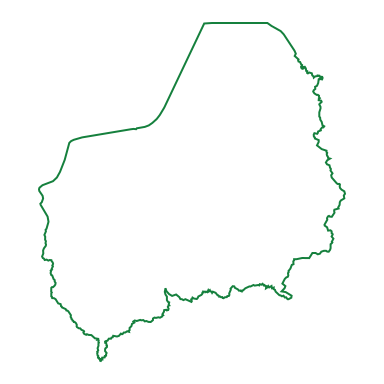 Nyamasheke, Western, Rwanda (Albers equal-area conic projection)
{"feature_id": "39286606B22601397790462", "entity_name": "Nyamasheke", "entity_type": "district", "adm_level": 2, "iso_a3": "RWA", "parent_name": "Rwanda", "parent_adm1": "Western", "projection": "albers", "projection_center": [29.106, -2.358], "detail": "fine", "context": "isolated", "style": "outline", "palette": "green", "viewbox_px": 384, "rotation_deg": 0, "n_neighbors": 0, "source": "geoboundaries", "source_scale": "gbopen_adm2", "svg_char_len": 5943}
<svg xmlns="http://www.w3.org/2000/svg" viewBox="0 0 384 384"><path d="M329.5,165.3L327.0,164.3L325.9,162.5L327.2,160.3L330.0,158.6L328.1,158.0L327.8,156.4L327.1,155.8L326.7,154.0L327.2,152.9L326.4,151.8L326.5,150.7L321.7,149.1L317.0,145.4L318.7,141.9L318.7,140.1L314.9,138.5L314.9,137.5L313.9,136.6L313.7,134.7L314.4,133.2L317.2,133.8L317.8,133.0L318.1,131.5L320.8,130.4L320.5,129.5L321.8,127.8L322.4,127.3L323.4,127.4L324.2,126.3L322.5,125.3L321.7,121.9L320.3,119.7L320.1,117.5L319.3,116.6L319.3,112.3L320.5,108.5L320.5,106.8L319.3,104.5L319.5,103.9L321.6,102.0L321.6,101.5L321.0,100.6L318.7,100.2L318.8,98.8L319.8,98.1L318.9,97.0L319.0,95.7L317.8,94.8L316.7,94.9L314.4,93.4L313.2,91.6L313.7,90.3L315.3,88.9L315.1,86.8L317.0,85.8L318.2,83.0L318.7,79.2L319.2,78.9L322.1,79.4L322.6,77.9L322.2,76.9L321.2,76.8L320.6,77.6L320.6,76.7L319.7,76.6L319.4,75.7L317.7,75.5L317.7,76.0L315.2,76.4L313.8,77.6L313.6,76.5L312.3,75.4L311.8,73.3L309.2,72.5L307.9,73.4L307.1,72.9L307.2,71.1L306.2,70.9L305.8,68.4L304.8,66.8L303.8,66.9L304.1,67.9L303.7,68.2L302.9,67.9L303.1,68.6L302.3,68.8L301.2,67.7L301.1,66.6L301.9,66.0L302.1,65.0L301.2,64.4L300.1,62.0L298.5,61.5L298.1,60.1L298.5,59.4L294.7,56.0L295.8,53.7L294.5,50.7L283.7,34.3L280.7,31.1L271.6,26.0L267.4,23.0L211.9,23.0L204.2,23.5L164.3,107.5L159.8,115.0L156.8,118.9L152.4,122.9L148.8,125.4L144.8,126.9L136.8,128.3L136.1,129.2L133.6,128.9L130.6,129.3L82.1,137.4L73.8,139.8L71.1,141.1L69.3,142.9L64.7,159.9L60.0,171.9L56.9,177.5L53.0,181.2L42.5,185.2L39.5,187.7L39.0,189.2L39.3,191.0L42.6,195.8L43.1,198.5L41.8,202.2L39.9,204.2L40.2,204.1L47.6,216.6L48.5,221.8L46.5,228.8L45.6,229.8L45.9,231.4L44.4,234.9L45.2,236.7L45.1,239.7L45.9,241.2L45.5,243.2L46.0,244.4L45.8,245.8L43.9,248.4L43.1,250.5L43.3,253.5L42.1,256.5L42.8,258.0L43.9,258.6L44.7,260.0L46.6,259.6L48.3,260.6L49.7,260.0L51.4,260.2L51.7,261.3L52.7,262.4L53.1,263.9L52.3,265.6L52.9,266.3L51.5,269.3L51.9,269.7L50.7,270.7L51.0,271.3L50.6,273.1L51.3,275.1L52.2,275.4L53.6,279.1L54.7,280.1L54.7,281.6L55.6,282.9L55.3,284.6L54.5,285.8L53.1,287.1L52.0,287.1L51.3,287.8L51.2,291.6L51.8,292.5L51.3,293.2L51.3,296.4L51.9,296.7L52.2,298.1L54.0,298.2L55.6,299.2L58.2,303.4L60.6,304.1L61.1,306.3L61.8,306.6L62.0,307.4L65.7,309.1L66.4,310.5L67.4,310.6L68.3,311.3L70.9,315.2L70.6,316.9L71.2,317.6L71.4,318.9L72.2,319.4L72.5,320.6L73.3,320.9L73.8,322.0L74.7,322.0L76.0,323.2L76.8,324.9L76.6,326.3L77.0,327.1L78.9,328.3L80.3,328.4L81.4,329.8L83.7,330.8L84.1,331.4L83.4,332.6L84.2,333.9L86.2,334.8L86.9,334.2L88.6,334.9L91.4,335.1L94.9,338.3L97.9,338.8L97.4,339.7L98.2,339.6L98.7,340.3L98.4,342.1L98.9,342.6L98.4,343.9L98.5,345.7L97.6,348.2L98.2,350.5L97.2,351.8L97.6,352.5L97.2,353.2L97.6,355.5L98.2,355.9L98.0,357.4L98.8,357.7L98.6,358.2L99.3,358.6L99.4,359.1L100.1,359.3L100.1,360.7L100.8,361.0L101.4,360.3L101.2,359.1L102.4,359.3L102.2,357.7L104.6,357.4L104.8,356.1L105.5,356.2L106.1,355.6L106.0,354.5L106.6,353.0L105.1,351.1L105.1,349.4L105.3,348.5L106.9,347.1L107.0,345.8L106.5,345.5L106.6,344.5L105.8,342.8L105.2,342.8L105.1,341.8L106.1,341.9L106.1,341.0L107.5,340.7L108.8,338.7L111.0,338.7L111.5,337.6L112.7,337.3L113.2,335.8L117.0,336.5L118.9,335.9L120.9,333.6L121.8,334.2L122.5,334.1L123.8,332.5L125.3,332.5L127.1,331.3L129.0,331.8L128.7,330.8L129.6,330.2L129.6,327.9L131.4,326.2L132.0,323.9L134.3,322.6L133.3,321.5L134.7,320.5L136.8,321.0L140.2,319.9L141.2,320.3L143.4,320.1L144.8,321.4L146.3,321.0L148.5,321.9L150.7,322.0L152.9,320.2L153.0,318.5L154.4,317.6L156.0,317.9L158.4,317.3L160.0,317.7L162.3,316.4L162.4,315.0L163.0,315.0L162.5,314.1L163.9,311.8L164.2,310.1L166.3,309.8L166.8,310.4L168.2,310.0L168.6,308.8L167.8,306.9L168.5,305.6L169.3,305.4L168.7,304.4L169.2,302.4L167.9,301.8L166.9,300.1L166.9,296.6L165.5,294.5L164.8,291.9L165.5,288.2L166.4,291.1L169.1,294.1L172.1,295.9L176.1,294.5L179.3,297.1L180.4,299.1L181.9,299.2L183.4,300.1L185.4,299.2L191.4,301.9L191.8,301.2L191.2,299.4L191.9,299.1L192.5,297.6L193.8,298.5L196.8,299.0L197.9,297.7L198.3,296.5L201.4,294.9L202.2,294.0L202.4,292.7L203.4,292.5L203.2,291.6L205.3,291.7L205.7,292.1L206.2,291.7L207.5,292.3L208.3,291.8L208.0,290.9L208.3,290.2L208.7,290.9L209.8,290.1L210.2,291.3L211.4,291.6L212.1,292.9L212.9,291.7L215.6,292.8L217.6,295.3L218.0,295.2L219.0,296.0L219.2,296.7L220.1,296.5L221.0,297.2L222.3,297.1L222.7,298.0L223.6,298.2L224.7,297.3L226.8,297.1L227.3,296.1L228.8,296.0L229.4,294.9L229.2,293.4L230.8,289.7L230.5,288.7L232.7,286.2L234.3,286.4L234.9,287.8L237.9,289.4L239.0,290.7L240.6,290.5L240.8,291.0L241.4,290.9L241.9,291.4L242.5,290.4L243.1,290.4L245.3,288.3L249.4,286.4L250.5,286.5L253.5,285.0L254.7,285.6L258.3,285.0L259.2,285.4L259.8,284.2L261.4,284.7L262.6,283.8L263.7,285.4L264.5,285.0L265.2,286.0L266.3,286.1L266.0,288.3L267.7,287.2L268.3,286.1L269.2,287.4L271.5,286.0L271.9,288.2L273.7,287.6L273.5,289.0L275.0,289.9L275.6,291.6L279.4,295.2L280.6,295.4L281.9,296.3L283.5,295.7L284.8,297.5L286.1,297.3L287.3,298.9L288.0,299.3L288.7,299.1L291.3,297.7L291.6,295.7L285.7,292.1L281.6,291.4L284.6,288.2L285.4,286.1L282.4,283.6L284.8,278.9L286.3,277.4L287.8,276.8L288.3,275.5L288.0,273.1L288.7,272.1L288.5,271.0L290.4,268.6L291.8,264.9L293.5,264.2L293.3,261.3L294.1,260.3L294.1,259.2L296.5,259.2L302.2,258.0L309.2,258.1L312.4,253.0L315.6,253.0L317.8,254.3L319.9,253.7L321.3,251.7L323.9,250.8L326.1,250.8L327.2,251.6L328.7,251.7L330.1,249.8L330.6,248.1L330.6,244.2L332.3,242.8L332.8,243.1L331.8,241.8L333.4,238.7L331.6,236.5L332.7,234.5L332.4,233.7L331.7,233.3L331.6,231.3L330.5,230.3L328.1,230.6L327.1,227.3L324.7,225.6L324.5,224.7L327.3,219.7L327.0,218.2L328.0,216.4L329.0,215.9L329.8,216.6L331.8,216.8L334.5,212.7L334.1,210.9L334.4,209.7L338.6,208.5L338.2,207.4L339.6,204.9L339.8,202.2L340.8,200.5L344.3,198.4L343.8,195.5L345.0,193.8L344.3,191.3L341.6,189.7L340.1,188.1L339.7,186.6L339.9,184.4L339.3,183.9L337.8,184.0L336.8,183.4L331.7,177.5L331.2,175.2L332.5,173.3L330.5,170.5L330.9,169.0L330.0,167.6L329.5,165.3Z" fill="none" stroke="#15803d" stroke-width="2"/></svg>